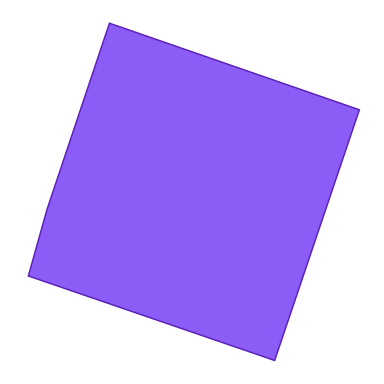 Garza, Texas, United States of America, rotated 109°
{"feature_id": "52423323B20011668612695", "entity_name": "Garza", "entity_type": "district", "adm_level": 2, "iso_a3": "USA", "parent_name": "United States of America", "parent_adm1": "Texas", "projection": "robinson", "projection_center": [-101.32, 33.179], "detail": "fine", "context": "isolated", "style": "filled", "palette": "violet", "viewbox_px": 384, "rotation_deg": 109, "n_neighbors": 0, "source": "geoboundaries", "source_scale": "gbopen_adm2", "svg_char_len": 238}
<svg xmlns="http://www.w3.org/2000/svg" viewBox="0 0 384 384"><g transform="rotate(109 192 192)"><path d="M59.3,325.0L255.8,323.4L324.7,319.4L324.4,59.0L59.8,60.5L59.3,325.0Z" fill="#8b5cf6" stroke="#5b21b6" stroke-width="1.5"/></g></svg>